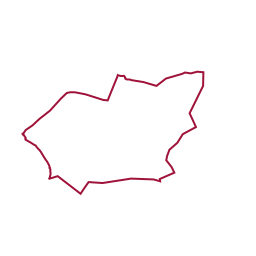 Naranbulag, Uvs, Mongolia (Natural Earth projection), rotated 237°
{"feature_id": "93677404B35276853556349", "entity_name": "Naranbulag", "entity_type": "district", "adm_level": 2, "iso_a3": "MNG", "parent_name": "Mongolia", "parent_adm1": "Uvs", "projection": "natural_earth1", "projection_center": [92.704, 49.464], "detail": "fine", "context": "isolated", "style": "outline", "palette": "rose", "viewbox_px": 256, "rotation_deg": 237, "n_neighbors": 0, "source": "geoboundaries", "source_scale": "gbopen_adm2", "svg_char_len": 2239}
<svg xmlns="http://www.w3.org/2000/svg" viewBox="0 0 256 256"><g transform="rotate(237 128 128)"><path d="M128.3,34.4L125.9,42.8L98.7,52.4L101.5,58.9L104.1,65.5L95.7,76.7L83.9,103.0L70.9,121.5L66.4,125.4L65.8,125.9L67.9,126.9L65.3,142.5L71.6,143.3L80.1,142.5L83.1,145.4L87.2,150.9L88.7,161.3L93.0,170.6L91.8,185.5L97.0,186.3L106.8,187.7L122.4,213.9L133.7,221.6L137.5,216.7L139.6,210.4L143.5,206.0L143.9,202.9L148.8,186.8L147.8,174.8L158.2,165.9L166.5,156.7L167.1,156.4L167.3,156.3L167.5,156.2L167.8,155.7L168.4,154.9L168.9,154.1L169.5,153.4L169.8,153.2L170.5,152.7L170.9,152.7L171.1,152.7L171.2,152.8L171.3,152.9L171.5,153.1L171.9,153.1L172.0,153.0L172.3,153.0L172.5,153.0L172.8,153.1L173.0,153.2L173.4,153.2L173.5,153.1L173.9,153.0L174.0,152.9L174.2,152.7L174.3,152.4L174.4,152.2L174.7,151.5L174.9,151.3L175.6,150.2L176.9,149.1L177.2,148.7L177.5,148.4L177.9,148.2L176.5,146.5L167.4,133.4L162.2,126.0L165.0,122.5L179.5,110.6L186.8,103.0L189.4,99.1L190.7,95.7L189.2,87.8L185.0,71.8L183.9,58.9L182.2,49.3L182.0,41.1L181.1,38.9L180.4,37.4L180.5,37.2L180.6,36.9L180.5,36.7L180.6,36.4L180.4,36.3L180.2,36.4L180.1,36.5L180.0,36.4L179.9,36.4L179.6,36.4L179.4,36.4L179.2,36.4L179.2,36.5L178.9,36.7L178.8,36.8L178.6,36.8L177.4,36.8L175.5,36.8L175.1,36.6L174.8,36.4L174.9,36.2L174.7,36.0L174.7,35.9L174.1,35.7L172.7,36.4L170.2,37.7L168.3,38.7L166.4,39.5L165.8,39.8L165.3,40.0L164.7,40.3L164.2,40.6L163.7,41.0L162.6,41.1L162.0,41.0L161.4,41.1L160.6,41.2L160.2,41.2L158.9,41.5L158.2,41.6L157.4,41.8L156.7,41.8L155.8,41.9L155.1,41.9L154.5,41.9L153.7,41.8L153.1,41.8L151.1,41.8L150.6,41.7L149.9,41.7L149.0,41.7L148.4,41.7L148.0,41.8L147.5,41.7L146.6,41.7L144.7,41.8L143.4,41.8L143.0,41.8L142.6,41.7L142.2,41.7L141.7,41.7L141.4,41.7L140.9,41.6L140.4,41.6L139.8,41.5L139.2,41.4L138.9,41.3L138.6,41.2L138.4,41.1L138.1,41.0L138.0,40.9L137.8,40.7L137.3,40.5L137.1,40.4L137.0,40.5L136.9,40.7L136.7,40.6L136.3,40.5L135.8,40.3L135.5,40.2L135.3,40.2L135.2,40.1L134.9,40.0L134.7,39.7L134.3,39.3L134.0,39.2L133.7,39.1L133.3,39.0L133.0,38.8L132.6,38.7L132.3,38.5L132.0,38.2L131.8,38.0L131.4,37.8L131.1,37.6L130.7,37.2L130.4,36.7L129.6,36.0L129.3,35.8L129.1,35.5L128.9,35.2L128.7,34.6L128.5,34.4L128.3,34.4Z" fill="none" stroke="#9f1239" stroke-width="2"/></g></svg>